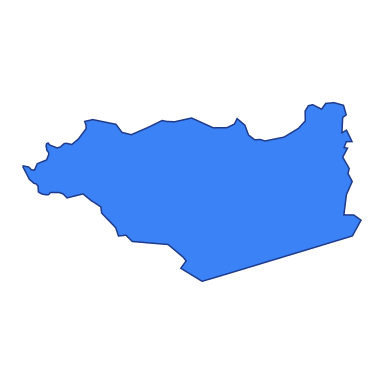 Contra Costa, California, United States of America
{"feature_id": "52423323B95554273469006", "entity_name": "Contra Costa", "entity_type": "district", "adm_level": 2, "iso_a3": "USA", "parent_name": "United States of America", "parent_adm1": "California", "projection": "natural_earth1", "projection_center": [-122.042, 37.91], "detail": "fine", "context": "isolated", "style": "filled", "palette": "blue", "viewbox_px": 384, "rotation_deg": 0, "n_neighbors": 0, "source": "geoboundaries", "source_scale": "gbopen_adm2", "svg_char_len": 1348}
<svg xmlns="http://www.w3.org/2000/svg" viewBox="0 0 384 384"><path d="M352.4,235.9L361.0,220.2L353.8,215.0L343.9,214.9L346.4,194.6L352.2,181.5L348.0,173.5L349.2,168.5L342.7,157.2L347.5,148.2L344.1,147.6L346.3,141.7L352.0,141.6L346.5,130.2L341.9,132.7L342.7,117.5L346.2,114.8L343.5,105.3L334.1,102.7L325.7,103.4L321.6,109.2L312.7,104.7L308.4,105.7L305.1,111.1L305.3,120.9L298.4,128.4L284.1,137.1L264.9,141.0L260.2,139.5L254.7,139.8L248.5,135.0L244.9,125.2L237.1,118.6L234.4,124.1L226.9,127.7L213.2,127.8L191.6,118.0L174.5,121.8L166.2,121.4L162.2,120.5L149.1,126.9L147.6,127.6L131.3,134.7L122.0,132.4L115.9,124.3L92.8,119.6L84.7,121.4L85.0,122.3L86.1,125.5L86.1,128.7L82.2,133.9L78.4,139.0L71.8,144.5L66.3,143.3L64.2,143.6L60.4,146.9L60.1,147.1L57.0,147.9L49.7,145.0L48.1,143.0L46.5,143.8L46.1,145.9L46.9,150.4L48.4,152.3L48.8,154.3L46.6,159.9L37.3,163.7L34.4,170.3L31.2,169.6L29.9,168.2L28.6,167.0L23.2,165.9L23.0,167.0L27.8,176.2L29.2,179.1L33.9,183.3L36.2,183.9L38.0,186.0L38.4,191.9L39.7,192.8L42.4,194.2L46.6,194.8L48.6,194.6L50.5,192.5L59.1,192.5L63.1,193.9L67.0,197.9L83.0,193.9L91.3,200.7L100.8,206.8L101.7,213.1L115.7,227.7L118.5,236.0L125.9,235.2L132.3,241.5L142.3,242.3L145.1,242.6L168.1,244.5L183.4,257.4L186.1,260.9L180.8,268.3L202.1,281.3L234.0,271.8L344.9,238.2L352.4,235.9Z" fill="#3b82f6" stroke="#1e3a8a" stroke-width="1.5"/></svg>